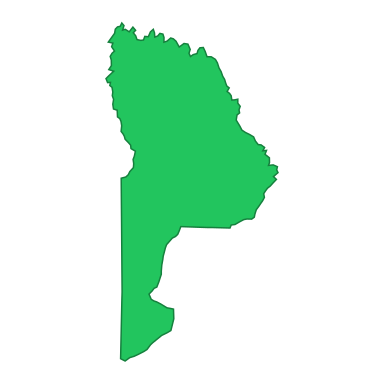 the district of Janiópolis, Paraná, Brazil
{"feature_id": "56859067B85579838513622", "entity_name": "Janiópolis", "entity_type": "district", "adm_level": 2, "iso_a3": "BRA", "parent_name": "Brazil", "parent_adm1": "Paraná", "projection": "albers", "projection_center": [-52.807, -24.153], "detail": "fine", "context": "isolated", "style": "filled", "palette": "green", "viewbox_px": 384, "rotation_deg": 0, "n_neighbors": 0, "source": "geoboundaries", "source_scale": "gbopen_adm2", "svg_char_len": 2394}
<svg xmlns="http://www.w3.org/2000/svg" viewBox="0 0 384 384"><path d="M276.4,179.4L273.5,176.6L278.0,172.6L276.7,169.9L277.4,166.7L273.2,164.9L268.5,165.4L269.5,162.6L269.4,157.8L265.0,154.3L266.5,150.4L262.8,150.8L264.6,147.5L261.1,144.9L258.2,144.6L255.4,141.0L253.6,136.9L249.6,134.5L245.5,132.5L241.9,130.1L239.9,126.2L236.2,120.1L237.0,115.0L239.6,112.9L239.0,109.9L240.2,106.3L237.8,103.2L237.8,99.2L234.5,99.9L231.8,100.0L231.2,95.8L229.6,93.4L227.1,91.5L229.2,87.9L226.8,86.0L225.7,83.1L224.6,79.4L222.7,76.2L221.1,71.6L219.0,67.9L217.4,62.9L215.4,59.4L211.3,56.8L207.0,56.7L205.2,51.5L203.3,47.5L199.9,47.8L198.0,50.3L197.0,53.6L193.2,54.6L190.5,56.5L189.0,53.3L190.2,49.4L187.9,44.1L184.0,43.5L179.2,47.0L176.0,41.2L173.3,38.8L170.7,38.0L167.1,41.1L163.9,42.2L164.0,37.5L162.9,34.1L159.9,33.4L157.7,36.0L154.8,37.1L154.5,32.9L153.3,29.3L150.4,31.9L148.3,36.7L144.8,36.4L143.5,40.0L140.8,40.4L137.0,39.6L135.7,35.8L133.3,32.8L135.6,30.3L132.9,27.1L129.2,31.8L125.2,29.3L122.6,30.1L124.0,25.6L121.8,23.0L120.2,26.3L117.5,26.9L115.3,29.2L114.6,33.3L108.3,42.1L112.9,43.1L111.6,46.7L114.5,51.1L112.1,53.2L110.2,56.4L111.3,60.1L111.4,65.6L108.8,69.6L113.7,71.2L108.9,75.7L106.0,78.6L107.6,82.6L110.5,82.4L109.8,85.5L112.0,87.3L112.8,92.1L112.3,95.7L113.6,99.3L112.8,104.2L113.5,109.0L117.2,110.2L117.5,116.9L119.8,118.6L121.0,121.4L121.7,125.7L121.1,131.4L122.9,133.7L124.3,136.2L125.1,139.2L128.3,142.5L130.6,145.1L131.0,148.6L135.4,151.2L134.3,156.3L133.1,159.4L133.7,163.6L133.4,167.6L129.8,171.6L128.3,174.7L125.8,177.0L121.2,178.2L121.6,225.5L122.1,292.1L121.9,299.1L120.6,358.7L125.1,361.0L129.8,357.6L134.1,356.3L138.0,354.5L143.7,351.6L147.0,349.5L150.5,344.8L152.6,342.8L157.4,338.9L161.7,335.4L167.2,332.7L170.9,330.5L173.8,318.8L173.5,309.1L170.8,308.5L166.9,307.8L160.9,304.1L156.7,301.9L153.8,300.9L151.2,299.3L149.0,294.1L152.0,291.1L154.1,288.3L156.8,287.1L158.9,281.7L160.1,277.9L161.3,274.3L161.3,271.2L161.8,265.0L162.8,259.5L163.2,256.2L164.2,252.5L165.4,247.8L166.6,244.6L172.3,238.1L175.5,236.5L177.7,234.4L179.2,230.9L180.8,226.6L186.8,226.8L207.4,227.5L211.8,227.5L230.0,228.0L231.2,225.0L235.0,224.5L239.8,221.7L243.8,219.6L246.9,219.0L251.7,219.1L254.3,217.2L254.9,214.1L256.3,209.7L259.1,205.9L260.7,203.5L262.6,200.8L264.4,197.4L263.7,193.7L265.5,190.9L267.5,188.2L270.3,186.0L272.9,183.1L276.4,179.4Z" fill="#22c55e" stroke="#15803d" stroke-width="1.5"/></svg>